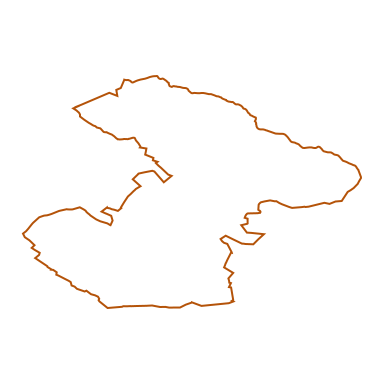 the district of Ēveles pag., Burtnieku, Latvia
{"feature_id": "27541924B74046079513035", "entity_name": "Ēveles pag.", "entity_type": "district", "adm_level": 2, "iso_a3": "LVA", "parent_name": "Latvia", "parent_adm1": "Burtnieku", "projection": "natural_earth1", "projection_center": [25.59, 57.723], "detail": "fine", "context": "isolated", "style": "outline", "palette": "amber", "viewbox_px": 384, "rotation_deg": 0, "n_neighbors": 0, "source": "geoboundaries", "source_scale": "gbopen_adm2", "svg_char_len": 5876}
<svg xmlns="http://www.w3.org/2000/svg" viewBox="0 0 384 384"><path d="M358.3,169.8L357.9,169.5L357.2,168.4L356.5,167.5L356.4,167.1L355.7,166.2L354.9,165.6L354.6,165.4L354.3,165.4L353.1,165.0L351.9,164.4L348.8,163.2L347.2,162.3L345.6,161.6L343.1,160.8L342.5,160.3L341.9,159.5L341.6,159.3L340.1,157.4L339.4,156.7L338.4,155.6L338.1,155.5L336.8,155.0L335.5,154.8L334.6,154.6L333.9,154.3L333.3,153.8L331.9,152.9L330.9,152.4L327.7,152.3L323.8,151.3L322.7,150.4L321.8,149.1L319.8,147.1L319.0,146.8L318.5,146.7L317.9,146.8L316.5,147.7L315.7,148.0L314.3,148.0L313.5,147.9L311.4,147.4L309.5,147.4L308.2,147.5L304.5,148.0L302.9,147.9L302.2,147.5L301.7,147.1L300.2,145.9L299.4,145.0L298.9,144.5L297.6,143.8L296.3,143.4L295.0,142.7L294.2,142.5L292.0,142.1L290.8,141.4L290.5,141.0L290.0,140.2L289.7,139.9L287.8,137.3L286.7,136.1L286.0,135.5L285.5,134.9L284.4,134.3L283.3,133.9L282.1,133.8L280.0,133.8L276.0,133.6L275.4,133.5L274.5,133.2L270.8,131.9L267.6,130.8L267.0,130.5L266.2,130.4L265.1,129.9L264.0,129.6L263.0,129.4L260.6,129.4L259.2,129.2L258.1,128.6L257.6,128.2L257.0,127.4L256.5,126.2L256.5,125.6L256.3,124.8L256.0,124.0L256.2,123.6L256.1,123.0L255.8,122.3L255.4,121.7L255.0,121.3L254.9,121.2L255.8,119.5L255.9,118.5L255.9,118.0L255.8,117.6L253.4,116.6L251.6,115.6L250.4,115.2L249.8,114.5L249.6,113.9L249.3,113.5L248.4,113.0L248.1,112.7L246.7,110.3L245.7,109.3L245.1,109.0L244.7,108.8L243.9,108.7L243.3,108.4L243.1,108.0L242.3,106.8L240.9,105.6L238.7,104.5L238.1,104.4L237.5,104.3L236.2,104.4L235.5,104.2L234.2,103.2L233.6,102.6L232.9,102.1L232.4,102.0L231.7,102.1L230.3,101.8L228.7,101.6L228.1,101.4L226.4,100.6L226.2,100.0L224.9,99.6L222.7,98.7L222.2,98.4L221.7,98.1L221.3,97.5L220.2,97.2L218.9,96.6L217.9,96.3L216.9,96.3L215.7,95.9L214.9,95.5L211.0,94.1L208.7,94.1L205.2,93.3L203.3,93.0L201.4,93.0L199.6,93.2L197.9,93.2L194.2,92.9L192.8,93.2L192.1,93.2L191.6,93.1L190.9,92.7L188.6,90.7L188.3,90.0L188.0,89.3L186.9,88.5L185.9,88.1L183.2,87.9L182.3,87.7L179.9,87.0L177.4,86.8L176.5,86.5L175.1,86.4L173.8,86.1L173.3,86.1L172.1,86.8L171.7,86.9L169.9,86.2L169.5,85.9L168.8,84.1L168.8,83.3L168.7,82.8L168.3,82.6L167.9,82.5L166.4,80.9L164.1,79.3L163.3,78.8L162.7,78.6L162.3,78.6L161.7,78.8L161.0,79.0L160.5,79.0L160.1,78.9L159.5,78.7L158.9,78.3L158.5,77.9L157.4,76.2L157.1,76.1L156.9,76.0L156.1,76.1L155.2,76.1L153.0,76.3L152.0,76.5L149.9,77.0L149.1,77.3L147.3,78.0L145.0,78.7L140.4,79.6L137.7,80.4L137.4,80.5L136.1,81.0L133.1,82.4L132.4,82.5L132.0,82.4L131.4,82.0L131.0,81.6L130.5,81.0L128.2,80.0L126.1,80.1L124.8,79.8L124.3,79.7L124.3,79.8L121.4,86.6L120.8,88.0L116.3,89.9L117.3,95.9L109.3,92.8L81.2,104.8L77.0,106.5L77.3,106.6L73.3,108.4L75.0,109.5L76.1,110.2L76.3,110.3L77.0,110.9L77.5,111.4L78.2,112.0L78.3,112.1L78.7,112.4L79.1,112.9L79.4,113.4L79.6,113.8L80.0,114.6L80.0,116.5L84.2,119.7L88.9,122.9L90.7,123.9L92.9,125.3L93.8,125.7L95.4,126.2L96.8,127.5L100.4,128.4L103.5,131.8L103.8,132.0L104.2,132.1L106.0,132.3L106.3,132.2L106.7,132.2L107.2,132.6L109.8,133.8L111.9,134.6L112.8,135.3L114.1,136.2L116.0,138.0L116.7,138.6L117.4,138.9L117.4,139.0L117.7,139.3L117.9,139.3L118.9,139.3L119.7,139.5L120.6,139.4L121.1,139.4L123.2,139.2L123.4,139.1L124.0,139.0L127.1,139.1L127.5,139.2L128.6,139.0L128.8,138.8L129.3,138.8L132.6,137.8L133.7,137.7L134.6,137.9L134.9,138.2L135.9,140.4L136.6,141.2L138.5,143.4L140.4,146.5L140.4,147.3L140.2,147.5L146.4,148.5L145.9,151.3L145.2,154.6L153.4,157.9L152.9,160.3L157.5,161.8L155.8,163.0L158.4,165.6L160.9,167.7L168.2,174.6L171.6,175.9L163.8,182.3L161.3,179.4L154.4,171.5L152.3,170.8L144.5,172.3L138.5,173.6L138.2,173.9L138.2,174.1L132.8,179.3L140.5,186.2L135.8,189.0L134.5,190.4L133.8,190.9L130.6,194.1L127.9,196.5L124.2,202.1L120.9,207.5L121.3,208.1L117.9,210.9L114.1,209.7L111.7,209.2L110.0,208.4L106.8,207.8L106.8,207.6L101.6,211.6L105.8,213.5L106.0,213.5L111.2,215.8L112.6,220.6L110.5,225.2L110.2,225.1L107.4,223.4L100.3,221.3L96.2,219.4L90.3,215.4L89.6,214.6L87.8,213.2L86.4,211.9L85.6,210.7L83.8,209.5L79.8,207.3L72.6,209.4L70.3,209.5L67.6,209.4L66.8,209.2L59.6,210.8L58.9,211.0L51.7,213.9L49.3,214.7L47.1,215.3L44.1,215.6L41.7,216.4L39.2,217.3L33.0,222.9L31.7,224.4L28.2,228.8L26.1,231.2L23.0,233.6L24.8,237.2L29.4,240.3L34.5,245.2L31.7,247.9L34.7,249.9L39.7,252.8L39.1,254.9L35.2,258.1L47.3,266.2L47.5,267.0L51.4,269.4L51.2,269.7L53.2,269.9L56.7,272.3L56.3,274.7L58.3,275.5L65.3,279.1L68.7,280.8L70.7,282.1L71.6,285.5L74.6,286.6L76.9,288.8L84.7,291.5L86.4,290.7L91.0,294.2L95.0,295.3L98.0,296.7L99.2,298.8L98.6,300.2L99.4,301.4L107.6,308.0L122.0,306.8L122.7,306.5L122.8,306.4L123.6,306.2L126.3,306.3L130.7,306.1L130.9,306.2L137.2,306.0L146.2,305.8L152.1,305.5L160.1,307.0L165.4,306.9L169.1,307.6L179.8,307.5L180.1,307.5L185.9,304.6L192.0,302.5L192.0,302.4L201.5,305.9L228.8,303.2L233.3,301.5L232.0,300.8L233.2,300.0L231.1,287.5L229.0,287.1L230.9,283.1L229.3,282.7L229.1,280.9L228.4,278.4L229.9,276.7L233.2,272.9L224.1,267.4L225.0,265.3L225.7,263.2L226.0,262.9L227.0,260.6L231.1,252.5L231.8,252.7L231.7,252.3L227.3,243.9L224.0,242.8L222.1,241.2L220.6,239.0L225.7,235.7L233.4,239.5L242.1,243.7L242.7,243.6L244.3,243.8L245.4,244.0L253.3,244.3L258.4,239.2L263.9,234.2L251.3,232.9L246.9,232.6L241.3,225.2L247.2,223.8L247.6,223.5L247.6,218.7L244.7,217.8L245.4,216.0L246.0,214.9L246.8,214.0L247.3,213.6L247.6,213.5L248.0,213.4L248.5,213.4L257.7,213.2L259.4,212.9L260.0,212.9L260.1,212.7L260.5,212.0L260.4,211.5L260.2,211.3L259.9,210.8L259.5,210.7L258.3,209.8L258.6,205.5L258.6,205.0L258.9,204.2L260.1,202.9L260.9,202.3L264.6,201.4L270.1,200.4L274.8,201.3L276.4,201.2L279.3,203.0L282.1,204.3L289.2,207.0L291.7,207.8L292.2,207.9L301.8,207.1L304.5,206.7L304.8,206.8L305.4,207.0L308.4,206.7L309.3,206.5L324.4,202.8L329.5,203.9L335.5,201.5L341.7,201.0L347.7,191.9L350.6,190.2L353.3,188.3L353.5,188.2L354.3,187.4L357.8,183.8L358.0,183.3L359.2,181.0L361.0,178.0L360.9,176.9L358.3,169.9L358.3,169.8Z" fill="none" stroke="#b45309" stroke-width="2"/></svg>